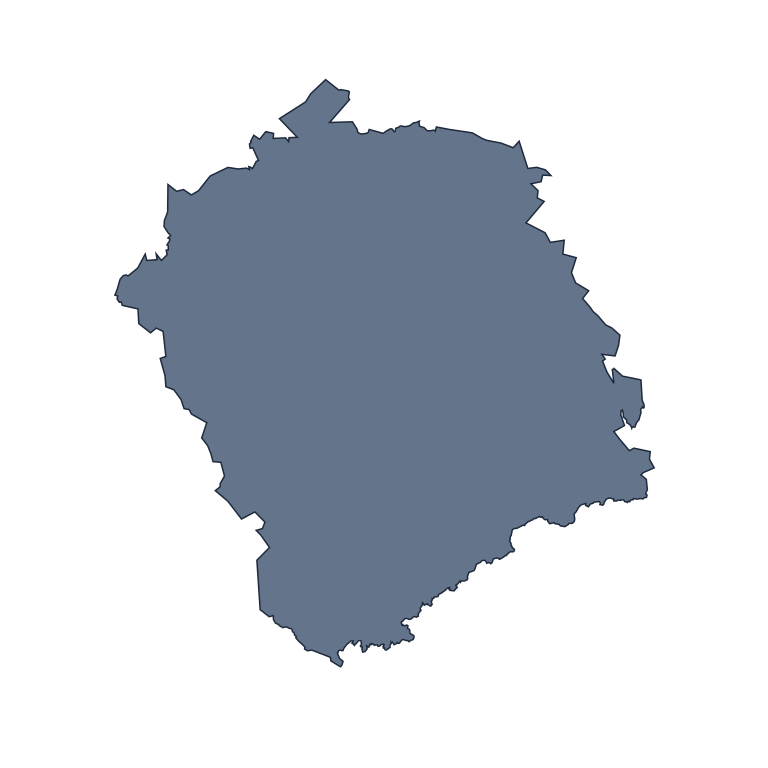 outline of Uthukela, KwaZulu-Natal, South Africa, rotated 282°
{"feature_id": "47623444B45932738864801", "entity_name": "Uthukela", "entity_type": "district", "adm_level": 2, "iso_a3": "ZAF", "parent_name": "South Africa", "parent_adm1": "KwaZulu-Natal", "projection": "robinson", "projection_center": [29.405, -28.737], "detail": "fine", "context": "isolated", "style": "filled", "palette": "slate", "viewbox_px": 768, "rotation_deg": 282, "n_neighbors": 0, "source": "geoboundaries", "source_scale": "gbopen_adm2", "svg_char_len": 6157}
<svg xmlns="http://www.w3.org/2000/svg" viewBox="0 0 768 768"><g transform="rotate(282 384 384)"><path d="M406.5,111.6L406.3,127.7L392.1,131.6L385.5,145.0L391.3,149.6L389.5,157.0L365.6,164.9L362.5,159.8L346.6,168.1L336.0,171.2L334.6,179.7L326.6,188.7L318.3,193.6L318.5,198.7L314.5,202.0L309.3,218.7L293.3,216.9L287.1,224.3L279.8,229.2L272.5,232.9L273.5,240.7L260.8,247.1L252.4,244.4L249.6,245.2L244.6,241.2L236.9,255.6L222.3,272.7L232.0,284.3L224.2,296.2L217.3,295.2L214.3,289.4L210.6,294.9L200.3,306.0L185.2,296.3L137.5,309.8L132.5,320.1L134.4,323.8L130.5,324.9L127.6,327.5L126.8,331.0L125.9,331.8L124.6,335.8L125.6,337.3L126.1,339.2L125.3,342.3L125.3,344.7L122.6,346.1L122.2,347.5L119.7,348.9L118.8,350.7L117.3,350.6L114.5,354.3L112.1,358.7L110.0,361.4L108.3,361.4L107.6,363.1L107.2,364.8L108.7,368.7L105.6,387.8L105.3,388.5L102.1,389.6L98.4,399.9L98.6,400.5L101.1,401.4L104.2,401.6L106.3,397.6L111.2,394.3L111.8,394.9L113.6,395.0L114.7,396.7L114.4,398.6L114.7,399.3L116.9,399.6L121.2,401.6L125.8,405.1L126.4,407.2L125.2,407.4L123.9,406.4L122.7,409.3L121.3,409.4L123.0,409.7L124.5,410.9L127.4,412.2L128.0,413.4L127.9,415.0L124.5,416.1L122.9,415.3L122.1,416.2L122.3,417.4L120.3,417.5L117.3,418.9L118.2,420.9L120.8,422.4L122.4,422.4L124.2,421.5L123.5,423.9L126.7,424.6L126.3,425.5L127.6,426.2L126.6,428.6L127.0,428.7L126.7,429.4L127.4,431.8L126.2,432.8L126.8,434.3L128.6,435.6L129.4,437.5L129.1,438.3L126.9,437.7L125.6,438.3L126.1,439.0L124.2,440.4L124.3,441.7L127.7,444.7L129.6,444.1L131.4,444.9L133.0,444.6L132.5,445.2L133.3,445.7L131.1,448.2L132.7,450.2L133.8,450.7L133.2,451.8L133.7,452.9L137.7,454.9L138.0,456.1L137.7,459.2L138.0,460.7L137.1,462.1L138.5,463.1L140.1,465.6L142.5,466.1L144.2,465.4L145.5,461.3L149.2,460.0L149.9,457.8L152.5,457.7L153.0,456.3L151.7,454.5L152.2,453.1L151.7,452.4L152.5,452.2L152.1,451.7L152.6,451.3L154.3,450.4L155.2,450.6L155.3,451.2L159.1,453.4L159.4,455.8L158.9,457.1L159.1,458.1L159.7,459.2L162.5,461.4L163.0,462.5L162.6,464.0L163.9,465.8L166.8,465.4L170.4,467.3L171.1,466.3L172.6,466.1L175.5,467.4L178.1,467.2L177.0,468.7L176.0,469.3L177.9,471.9L177.3,472.3L177.4,473.3L176.5,475.0L176.6,476.1L178.5,476.9L181.2,475.3L182.6,476.1L184.2,475.7L184.2,476.6L186.5,478.2L187.2,480.9L190.0,481.5L191.1,483.3L195.3,487.1L197.2,488.2L198.7,490.5L197.9,490.8L197.0,490.1L195.9,491.2L196.3,491.8L195.9,492.4L196.3,495.7L198.6,496.7L199.9,497.9L201.4,497.3L201.5,496.2L202.7,496.3L203.7,497.7L206.9,499.1L206.0,500.0L207.3,500.2L208.0,503.6L209.8,506.1L211.1,506.3L212.8,505.6L217.3,506.2L220.2,510.8L222.6,511.5L226.5,511.8L228.1,513.2L229.2,515.0L231.7,516.7L232.5,519.0L231.6,520.7L230.1,521.7L231.0,523.4L231.0,524.7L230.4,525.8L231.7,526.9L235.7,527.3L237.3,530.7L237.3,532.3L236.6,533.0L236.6,533.6L239.6,537.0L241.3,538.2L241.8,539.6L242.9,539.8L246.3,542.4L246.4,544.2L247.1,545.7L248.7,546.2L249.6,545.7L250.4,543.9L252.8,541.9L254.8,541.2L256.7,539.4L258.5,539.8L260.5,539.2L262.3,539.9L267.8,539.8L269.6,541.1L270.4,543.9L274.7,549.2L274.9,551.1L276.2,551.3L279.5,553.7L279.8,554.9L281.4,556.2L281.8,557.4L284.0,559.1L283.8,560.1L286.7,563.4L286.1,564.8L287.0,566.7L285.6,567.7L284.7,569.9L285.4,572.3L283.7,572.8L281.8,575.0L283.7,579.3L282.9,580.3L283.1,584.3L281.9,586.1L282.1,590.6L284.7,593.3L286.1,594.0L286.9,597.3L289.2,598.7L291.3,598.7L296.3,597.0L299.0,598.5L304.0,600.1L306.9,602.0L309.0,606.1L307.2,606.4L306.4,609.5L309.6,610.9L310.8,613.3L312.1,614.0L313.8,619.2L312.5,620.4L311.0,620.2L310.9,623.0L311.8,623.9L314.0,624.0L317.0,625.2L318.1,625.9L319.2,628.0L319.6,629.8L319.1,631.0L319.1,632.9L317.4,633.0L317.9,635.8L319.1,637.1L319.3,639.5L320.5,641.6L320.3,642.7L319.0,643.9L319.2,645.7L318.6,646.5L320.2,647.6L319.9,648.8L322.0,649.6L322.6,651.7L323.8,651.8L324.0,655.6L325.4,658.8L325.3,661.1L326.8,662.2L327.7,664.3L329.8,664.4L330.5,664.0L330.4,663.3L331.6,662.7L335.3,663.6L345.3,660.4L348.5,654.2L351.2,656.0L358.2,665.7L365.6,659.3L373.2,658.5L373.2,641.8L369.8,637.8L379.3,625.6L385.3,618.7L393.4,627.9L403.1,622.0L407.3,621.5L408.1,622.6L405.4,624.0L401.4,625.1L399.4,628.7L396.6,629.6L395.6,632.5L393.8,634.7L392.4,635.5L393.6,635.6L393.9,638.3L398.8,639.1L401.8,640.8L409.7,641.3L412.3,640.3L415.3,641.5L414.4,642.5L414.9,643.3L417.5,642.8L421.9,639.9L441.4,634.5L441.3,615.6L447.0,605.8L446.4,605.7L445.7,604.3L432.4,608.7L442.2,599.5L451.9,593.0L454.4,595.2L458.3,590.9L459.5,604.2L470.8,605.4L480.8,604.6L486.1,595.4L487.9,588.6L495.4,578.8L498.3,573.5L502.0,569.6L508.9,560.5L517.8,564.8L522.7,550.4L531.9,544.2L547.5,545.8L548.3,531.9L562.1,530.4L557.1,517.2L565.4,510.2L571.1,489.4L595.9,502.7L597.9,495.2L605.1,494.5L610.4,486.1L614.5,495.6L621.3,495.8L622.6,503.9L627.0,497.4L627.2,495.1L627.7,488.3L624.7,479.9L649.6,465.7L642.0,461.3L644.0,448.4L643.7,433.6L644.6,428.9L648.0,418.2L646.6,395.1L646.3,381.8L641.9,381.5L642.6,380.7L642.6,379.7L641.2,376.2L640.8,374.0L641.0,373.0L643.0,370.2L643.6,365.2L646.7,363.9L648.5,364.0L646.7,361.4L645.4,358.3L642.3,355.7L640.9,353.2L639.9,350.1L640.1,347.9L639.6,346.0L638.0,344.8L636.7,342.4L633.4,342.3L632.8,341.8L633.2,340.8L634.9,339.5L635.2,338.1L634.1,336.0L633.1,335.5L632.7,334.4L629.0,331.1L629.9,316.6L627.4,316.4L625.9,315.6L624.1,311.0L623.8,309.2L624.6,306.2L628.0,304.4L633.9,298.6L628.5,276.4L655.1,291.2L656.3,289.9L658.0,289.5L662.5,289.4L663.2,288.1L663.0,280.8L662.0,278.8L669.6,263.6L652.5,251.9L643.7,248.7L621.8,226.5L607.3,247.9L605.2,239.9L601.3,240.2L604.3,236.5L601.2,224.6L606.2,223.9L606.3,216.5L605.9,216.6L605.9,215.7L597.6,211.5L600.2,204.9L593.5,203.1L592.6,203.8L590.8,202.5L586.7,204.0L587.8,206.5L576.5,214.8L575.3,212.8L567.3,210.5L568.4,208.0L568.5,206.6L565.8,207.8L566.6,204.6L564.0,196.7L563.4,186.3L551.3,170.7L534.5,162.4L528.9,156.3L532.5,147.5L529.4,141.1L534.2,131.2L507.4,136.6L498.1,135.2L492.3,136.1L486.8,141.6L484.9,144.5L481.9,142.3L481.3,144.4L479.2,144.4L474.9,142.8L474.4,144.2L470.4,145.1L469.6,143.1L465.4,145.0L458.6,140.6L463.9,134.1L458.5,136.2L455.5,126.3L461.4,123.4L446.2,119.0L436.4,111.1L437.1,109.1L435.9,106.5L431.6,104.1L420.6,103.3L415.0,102.3L414.8,105.2L411.8,105.2L408.9,108.1L409.5,110.0L406.5,111.6Z" fill="#64748b" stroke="#1e293b" stroke-width="1.5"/></g></svg>